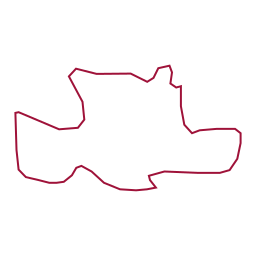 SVG path tracing the border of East Dunbartonshire
{"feature_id": "GBR-2002", "entity_name": "East Dunbartonshire", "entity_type": "Unitary District", "adm_level": 1, "iso_a3": "GBR", "parent_name": "United Kingdom", "parent_adm1": "", "projection": "natural_earth1", "projection_center": [-4.202, 55.959], "detail": "fine", "context": "isolated", "style": "outline", "palette": "rose", "viewbox_px": 256, "rotation_deg": 0, "n_neighbors": 0, "source": "natural_earth", "source_scale": "10m", "svg_char_len": 705}
<svg xmlns="http://www.w3.org/2000/svg" viewBox="0 0 256 256"><path d="M169.5,65.7L172.0,72.4L170.4,83.5L176.2,87.5L180.9,86.2L180.9,106.2L184.3,124.7L192.0,133.2L199.7,130.3L216.3,128.9L235.1,128.9L240.6,133.2L240.6,143.1L237.3,158.8L229.6,170.1L219.7,172.9L198.7,172.9L164.4,171.5L148.9,175.8L150.0,180.1L155.9,187.6L147.0,189.3L136.1,190.3L120.0,189.3L104.0,182.8L91.6,171.5L81.4,165.9L76.3,167.8L71.9,175.3L63.8,181.8L56.5,182.8L49.3,182.8L38.3,180.0L25.9,177.1L24.4,175.6L18.6,169.6L16.5,150.0L15.4,112.9L18.6,112.2L59.1,129.3L77.9,127.8L84.3,119.6L82.5,101.8L68.9,76.4L76.0,68.7L96.6,73.9L130.7,73.6L147.2,81.8L153.5,77.9L158.3,68.2L169.5,65.7Z" fill="none" stroke="#9f1239" stroke-width="2"/></svg>